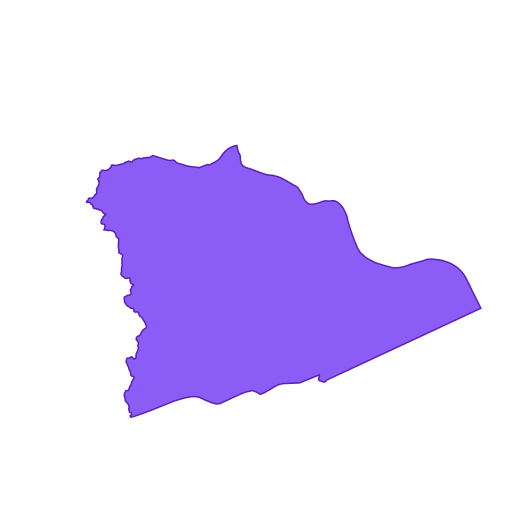 outline of Indragiri Hulu, Riau, Indonesia, rotated 65°
{"feature_id": "22746128B72920479258091", "entity_name": "Indragiri Hulu", "entity_type": "district", "adm_level": 2, "iso_a3": "IDN", "parent_name": "Indonesia", "parent_adm1": "Riau", "projection": "mercator", "projection_center": [102.04, -0.493], "detail": "fine", "context": "isolated", "style": "filled", "palette": "violet", "viewbox_px": 512, "rotation_deg": 65, "n_neighbors": 0, "source": "geoboundaries", "source_scale": "gbopen_adm2", "svg_char_len": 6141}
<svg xmlns="http://www.w3.org/2000/svg" viewBox="0 0 512 512"><g transform="rotate(65 256 256)"><path d="M398.4,74.3L385.4,74.6L377.6,74.8L371.0,74.8L368.3,75.0L363.6,75.1L360.8,75.5L357.0,76.4L352.4,78.0L348.0,80.6L344.0,83.5L341.4,86.2L338.5,89.4L337.1,91.4L333.5,97.2L332.5,99.2L331.3,102.6L331.0,106.4L330.2,110.5L328.7,120.2L328.5,123.8L328.0,127.3L326.3,133.3L325.0,136.0L323.5,138.2L319.8,142.6L316.1,146.8L312.0,151.1L304.2,156.9L297.1,160.0L292.4,160.6L283.5,160.3L271.8,159.2L265.4,158.2L262.8,157.9L259.5,157.0L257.3,156.7L251.3,156.7L248.9,156.9L246.6,157.4L245.4,157.7L243.5,158.6L241.6,159.5L239.7,160.9L238.4,162.9L237.2,166.2L236.6,167.6L235.6,169.2L235.0,170.8L234.9,171.7L234.6,172.5L234.6,174.1L234.2,177.5L234.0,179.3L233.4,181.3L232.7,183.4L231.9,185.1L230.7,186.4L228.6,187.5L226.1,188.2L224.0,188.4L220.8,188.2L218.8,188.2L216.1,188.5L214.7,188.8L213.9,188.8L212.9,189.0L211.5,189.3L210.0,190.0L208.1,191.6L200.3,196.9L194.9,201.1L193.3,202.7L192.1,204.3L190.1,206.5L189.2,208.3L188.1,210.1L186.2,212.7L182.8,216.3L176.6,222.4L175.7,223.2L171.3,228.0L169.5,229.3L168.6,229.8L167.4,230.2L166.4,230.2L165.6,230.2L164.3,229.9L162.0,229.4L159.1,228.1L158.4,227.9L157.3,227.8L153.7,227.9L152.2,227.7L147.8,226.6L147.2,228.7L146.9,232.0L147.0,235.4L147.8,238.8L149.2,242.4L151.6,246.5L152.6,248.5L153.1,250.3L153.5,254.3L153.8,259.5L153.6,260.1L152.7,261.1L152.6,261.5L152.5,263.4L152.2,264.4L152.1,268.8L152.0,269.8L148.3,275.9L145.4,280.3L140.9,285.2L140.1,286.4L139.1,287.5L138.3,288.2L137.1,288.8L136.0,289.1L134.4,290.0L133.6,291.5L133.2,293.6L131.8,295.5L127.1,300.8L121.4,306.9L121.5,308.6L121.7,311.4L121.2,312.3L120.6,312.9L120.5,314.2L120.1,315.0L120.0,315.6L119.5,316.4L119.6,318.1L118.8,319.5L118.6,319.6L118.6,319.8L117.8,321.0L117.6,321.7L117.6,323.8L117.4,324.0L117.3,324.9L117.3,325.9L117.5,326.9L117.9,327.7L118.3,328.7L118.3,329.4L118.2,329.6L117.3,330.1L116.8,330.6L116.2,331.3L116.1,332.4L116.2,332.9L116.2,333.8L115.8,334.5L115.8,335.5L116.4,336.2L116.2,337.7L116.2,338.3L115.7,339.3L115.4,341.5L115.2,342.5L115.2,343.4L115.0,343.9L114.9,344.3L114.2,345.5L113.8,346.4L113.5,346.8L112.8,347.4L112.7,348.2L112.7,348.7L112.9,349.1L114.0,349.4L114.3,349.6L114.5,350.2L114.4,350.6L115.1,352.5L115.3,353.3L115.3,353.8L115.2,354.2L115.2,355.0L114.9,356.5L113.8,358.1L113.3,359.1L113.2,359.6L114.1,360.9L114.3,361.3L114.2,361.6L114.5,362.4L114.6,362.5L116.1,362.9L118.6,364.7L118.8,365.0L118.9,365.3L118.8,365.6L119.2,366.9L120.0,366.9L121.4,366.7L123.5,367.4L124.9,368.2L125.6,369.1L125.9,369.6L126.6,370.2L126.9,371.2L127.8,372.1L128.8,372.7L129.5,372.9L130.1,373.2L131.0,373.4L131.8,373.8L132.1,374.4L132.4,375.9L133.2,377.0L133.8,378.1L134.1,378.9L134.1,379.5L134.2,379.8L134.2,380.3L133.9,381.0L133.4,382.5L133.0,383.0L133.0,383.3L134.1,384.4L134.5,385.0L135.0,386.5L135.3,386.6L135.8,386.6L136.3,386.0L136.5,385.0L137.3,384.2L137.8,383.9L138.9,383.5L139.4,383.6L139.9,383.2L140.4,382.7L141.1,382.6L142.5,382.9L143.4,383.1L144.5,382.7L144.8,382.3L145.5,381.0L147.1,379.5L147.6,378.5L148.3,378.3L148.5,378.1L148.7,377.5L148.9,377.1L149.2,377.0L149.4,376.8L150.7,376.7L151.8,376.4L152.5,376.2L153.7,375.5L154.6,374.7L155.1,374.8L155.2,375.1L155.3,375.9L155.6,376.5L155.6,377.2L155.7,377.8L156.3,378.3L156.9,378.7L156.9,378.8L157.2,379.0L157.3,379.4L157.5,379.5L157.5,379.9L157.9,380.5L159.0,381.8L159.8,381.9L160.4,382.3L161.1,382.5L162.0,381.9L162.8,380.5L163.6,380.0L164.4,379.9L165.4,380.4L166.5,381.0L167.1,381.5L168.0,382.8L169.7,380.1L170.6,379.0L170.9,377.7L171.6,376.7L172.4,375.6L173.7,374.6L175.5,373.9L176.6,373.9L177.5,373.9L178.7,374.4L180.4,374.2L181.0,373.7L181.7,373.4L182.9,373.3L186.3,375.3L186.8,375.5L189.8,377.0L192.4,377.8L195.1,378.9L198.1,376.8L198.7,376.5L199.4,376.6L201.1,378.2L202.0,378.7L204.0,379.6L206.0,380.6L207.2,381.0L208.2,381.5L209.9,382.8L210.6,383.3L212.7,384.1L214.8,385.8L216.1,386.2L216.7,385.9L217.7,385.7L218.8,384.9L219.7,384.7L221.1,383.8L221.4,383.2L221.8,382.3L222.1,380.6L222.8,379.6L223.8,379.8L224.8,380.6L225.4,380.8L226.4,380.7L227.7,381.0L228.6,380.5L229.9,379.5L230.6,379.4L231.0,380.2L231.0,380.9L231.2,381.6L232.3,382.3L233.1,383.3L233.4,384.0L234.3,384.6L235.8,384.5L236.5,384.6L237.5,385.3L237.8,386.1L237.9,386.9L237.6,388.4L237.3,389.4L237.6,391.5L237.6,392.7L238.4,393.3L240.7,394.0L241.7,394.4L242.4,394.6L244.2,394.2L245.6,394.1L246.3,393.9L247.2,393.5L248.8,392.3L250.3,391.6L251.5,389.9L252.1,389.3L253.3,389.4L254.3,390.0L255.9,389.3L255.8,388.9L256.4,387.6L257.2,386.6L257.8,386.4L258.4,386.4L259.1,386.7L260.4,386.9L261.7,386.6L263.3,385.6L264.1,385.3L265.9,385.3L268.7,384.8L269.7,384.8L273.0,385.0L273.7,385.1L274.3,385.4L274.7,386.1L275.1,388.8L275.4,389.9L276.6,392.1L277.9,393.4L278.6,394.4L278.8,395.5L278.9,397.6L279.1,398.3L279.7,399.1L280.8,399.8L282.0,399.7L284.2,399.2L285.0,399.3L285.7,399.5L287.0,400.8L288.4,401.3L289.2,401.2L290.6,402.1L291.6,403.0L293.9,405.7L294.7,406.4L296.8,407.5L297.9,408.2L298.0,408.9L297.6,410.2L296.9,410.5L296.3,410.5L295.6,410.7L294.9,411.3L294.6,412.0L295.0,413.6L294.2,415.8L294.4,416.5L296.7,418.3L297.4,418.5L299.0,418.5L303.7,418.6L305.4,419.0L308.1,418.9L309.2,419.0L310.8,419.7L311.4,419.8L312.4,419.3L312.8,418.8L313.8,417.9L315.0,418.0L317.2,421.5L319.9,423.8L320.4,424.5L320.9,425.5L321.6,426.2L323.4,427.7L323.8,428.5L323.7,429.2L323.3,430.0L323.0,430.8L325.3,433.6L327.0,434.5L327.5,434.5L330.2,435.0L331.5,435.5L332.3,435.6L336.3,434.5L337.7,434.4L338.9,434.8L340.0,435.3L340.9,436.2L342.9,436.3L344.0,436.7L344.9,435.7L345.6,435.4L347.0,435.7L347.4,436.2L347.7,437.7L348.4,437.7L349.2,437.6L349.7,435.3L350.5,428.6L351.5,416.4L352.9,391.1L353.9,384.1L354.7,379.8L355.5,376.5L356.1,374.3L357.8,370.4L360.1,367.1L365.6,362.5L370.7,357.7L373.2,354.6L374.6,351.2L374.5,336.7L374.6,332.4L374.6,328.9L374.8,324.0L375.7,319.2L376.6,315.9L380.0,312.7L383.2,310.6L383.4,305.9L382.9,300.0L382.3,294.6L382.1,290.2L382.9,285.9L389.4,270.2L390.5,248.9L391.5,249.1L392.0,249.5L392.4,250.2L393.1,250.8L393.9,251.3L394.9,251.5L395.5,251.3L396.0,251.0L397.1,249.7L398.6,248.2L399.1,247.6L399.3,246.7L399.2,246.0L398.3,244.4L398.4,74.3Z" fill="#8b5cf6" stroke="#5b21b6" stroke-width="1.5"/></g></svg>